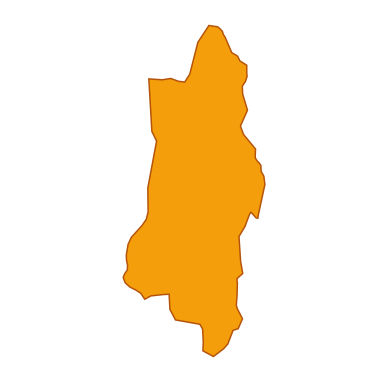 outline of Aluksne, rotated 267°
{"feature_id": "LVA-1076", "entity_name": "Aluksne", "entity_type": "Municipality", "adm_level": 1, "iso_a3": "LVA", "parent_name": "Latvia", "parent_adm1": "", "projection": "equal_earth", "projection_center": [27.1, 57.427], "detail": "fine", "context": "isolated", "style": "filled", "palette": "amber", "viewbox_px": 384, "rotation_deg": 267, "n_neighbors": 0, "source": "natural_earth", "source_scale": "10m", "svg_char_len": 1215}
<svg xmlns="http://www.w3.org/2000/svg" viewBox="0 0 384 384"><g transform="rotate(267 192 192)"><path d="M110.5,118.8L114.2,120.7L117.5,123.3L122.2,123.8L127.4,123.0L132.6,123.1L143.0,125.4L150.0,129.1L161.0,140.2L167.1,144.9L174.3,147.1L198.4,148.1L244.7,159.3L254.6,155.1L307.2,154.8L305.6,168.1L306.5,176.7L303.3,184.2L302.2,190.5L309.7,195.9L341.2,205.7L357.4,217.6L355.6,226.3L353.6,228.4L350.8,230.8L347.8,231.5L344.8,233.2L329.1,239.0L325.3,244.6L320.4,246.7L315.7,253.3L307.1,252.9L304.7,253.1L299.5,251.1L295.1,247.8L287.2,247.7L270.8,251.7L255.3,243.8L246.7,246.5L231.6,257.7L223.2,256.9L221.1,257.8L219.0,259.2L217.5,260.6L214.9,262.2L209.1,262.1L204.0,264.6L195.7,265.2L165.5,257.0L162.4,256.4L162.6,255.3L163.2,254.2L166.6,251.7L168.7,249.7L166.6,248.2L154.8,243.1L145.1,236.6L120.2,236.9L108.0,238.4L103.3,232.6L102.1,232.4L100.5,232.3L99.3,232.6L85.5,231.5L76.6,230.3L72.7,231.3L62.8,235.8L53.0,230.9L52.8,229.6L51.6,225.7L38.3,219.8L33.8,215.4L26.6,204.8L32.8,194.6L41.7,195.4L54.7,195.4L59.5,192.9L63.0,177.9L65.1,168.8L76.0,163.8L91.1,163.8L91.1,158.0L90.4,145.5L87.4,139.2L93.5,135.6L97.2,130.5L100.2,125.1L104.9,120.5L110.5,118.8Z" fill="#f59e0b" stroke="#b45309" stroke-width="1.5"/></g></svg>